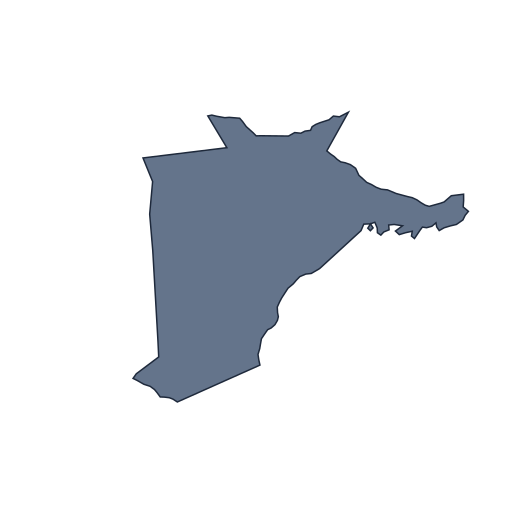 Porto Calvo, Alagoas, Brazil, rotated 305°
{"feature_id": "56859067B31730323010401", "entity_name": "Porto Calvo", "entity_type": "district", "adm_level": 2, "iso_a3": "BRA", "parent_name": "Brazil", "parent_adm1": "Alagoas", "projection": "mercator", "projection_center": [-35.39, -9.034], "detail": "fine", "context": "isolated", "style": "filled", "palette": "slate", "viewbox_px": 512, "rotation_deg": 305, "n_neighbors": 0, "source": "geoboundaries", "source_scale": "gbopen_adm2", "svg_char_len": 1744}
<svg xmlns="http://www.w3.org/2000/svg" viewBox="0 0 512 512"><g transform="rotate(305 256 256)"><path d="M229.3,144.9L201.0,168.5L130.3,224.3L117.5,234.2L90.9,225.5L85.2,225.5L85.9,230.1L86.6,237.7L88.5,243.9L88.4,249.4L87.4,253.1L85.6,258.4L87.8,261.8L90.2,266.3L91.1,270.0L91.3,275.3L168.9,321.8L172.4,318.0L176.5,314.1L182.2,312.2L186.6,310.1L191.4,307.9L197.1,307.8L202.3,307.8L205.7,309.7L210.6,310.9L215.5,310.5L219.1,309.1L221.9,306.2L226.4,302.7L231.7,301.7L236.4,301.1L241.9,300.9L248.0,300.7L254.6,302.5L259.1,302.9L264.2,303.7L269.7,307.1L273.4,311.3L282.1,315.3L337.0,327.5L343.9,326.0L348.0,331.3L351.8,334.0L348.5,339.2L344.7,342.1L344.7,346.3L349.0,346.9L353.8,350.0L357.5,346.9L361.1,351.1L364.8,358.7L356.4,355.9L355.7,361.1L360.8,365.1L365.9,369.8L361.5,371.9L361.2,375.8L365.8,375.7L371.3,375.6L375.1,375.7L377.0,379.5L381.2,383.0L386.4,384.4L383.5,387.3L381.9,391.5L387.0,393.9L392.2,398.0L396.8,402.1L404.2,404.8L409.3,404.0L414.4,404.4L415.0,397.6L420.5,394.3L425.7,390.6L417.4,381.4L408.2,379.1L405.1,376.9L396.0,369.4L394.7,365.5L394.3,360.7L394.3,355.6L393.4,350.5L391.7,346.3L387.6,335.0L385.6,325.8L382.5,320.2L381.2,315.0L380.8,309.7L379.8,304.4L380.5,299.5L381.1,294.0L385.0,287.3L385.0,280.9L383.5,275.5L381.7,271.4L381.7,267.1L382.3,263.2L382.3,258.4L382.7,253.7L426.8,249.2L417.9,244.5L415.0,239.1L409.5,237.7L401.8,231.9L398.1,229.5L394.1,227.8L390.2,228.6L386.4,224.5L382.3,222.3L379.3,216.9L372.9,213.8L357.3,191.0L354.5,187.2L355.3,183.0L356.4,173.8L358.5,167.7L359.5,163.6L354.2,154.5L351.4,151.1L347.9,143.6L346.1,139.0L343.1,136.2L328.0,170.0L271.5,107.2L257.7,128.6L229.3,144.9ZM348.0,331.3L342.9,331.6L342.3,335.2L346.2,335.8L348.0,331.3Z" fill="#64748b" stroke="#1e293b" stroke-width="1.5"/></g></svg>